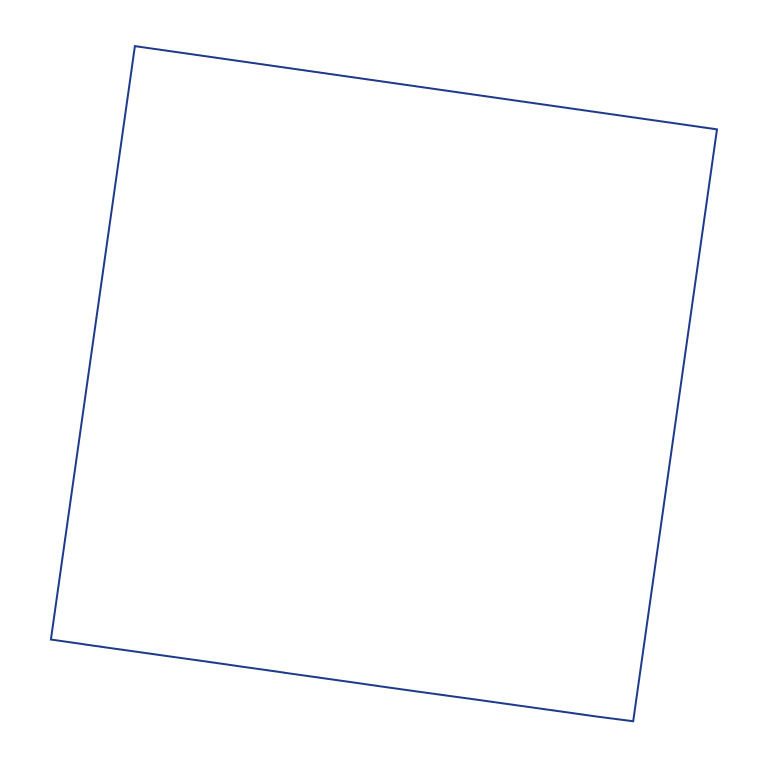 Ochiltree, Texas, United States of America, rotated 188°
{"feature_id": "52423323B38476522601311", "entity_name": "Ochiltree", "entity_type": "district", "adm_level": 2, "iso_a3": "USA", "parent_name": "United States of America", "parent_adm1": "Texas", "projection": "mercator", "projection_center": [-100.781, 36.278], "detail": "fine", "context": "isolated", "style": "outline", "palette": "blue", "viewbox_px": 768, "rotation_deg": 188, "n_neighbors": 0, "source": "geoboundaries", "source_scale": "gbopen_adm2", "svg_char_len": 496}
<svg xmlns="http://www.w3.org/2000/svg" viewBox="0 0 768 768"><g transform="rotate(188 384 384)"><path d="M89.7,682.5L677.7,683.9L678.3,84.6L643.5,84.5L643.5,84.4L637.7,84.5L637.5,84.4L627.7,84.5L627.7,84.4L566.8,84.4L556.6,84.4L501.1,84.4L483.9,84.3L443.0,84.3L443.0,84.2L398.2,84.2L394.6,84.2L375.0,84.2L374.9,84.2L345.9,84.1L336.3,84.1L309.6,84.1L272.1,84.2L252.9,84.3L233.2,84.3L208.2,84.3L133.7,84.3L126.0,84.3L90.3,84.7L89.7,682.5Z" fill="none" stroke="#1e3a8a" stroke-width="2"/></g></svg>